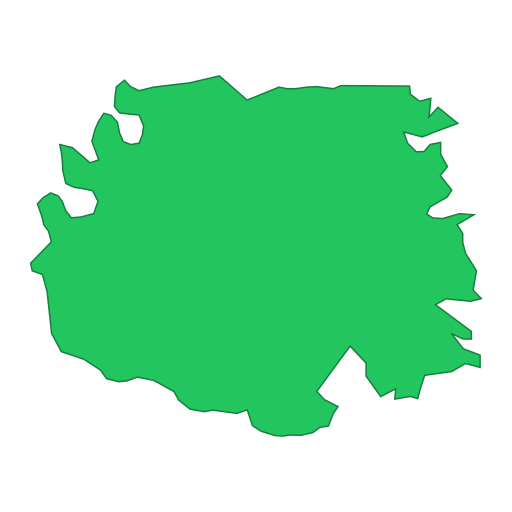 Charrua, Rio Grande do Sul, Brazil (Albers equal-area conic projection)
{"feature_id": "56859067B76917344128556", "entity_name": "Charrua", "entity_type": "district", "adm_level": 2, "iso_a3": "BRA", "parent_name": "Brazil", "parent_adm1": "Rio Grande do Sul", "projection": "albers", "projection_center": [-52.001, -27.948], "detail": "fine", "context": "isolated", "style": "filled", "palette": "green", "viewbox_px": 512, "rotation_deg": 0, "n_neighbors": 0, "source": "geoboundaries", "source_scale": "gbopen_adm2", "svg_char_len": 1852}
<svg xmlns="http://www.w3.org/2000/svg" viewBox="0 0 512 512"><path d="M409.6,86.1L341.0,85.6L333.6,88.7L316.5,86.6L307.0,87.1L295.5,88.7L286.8,88.7L279.1,87.1L247.1,100.1L219.4,75.9L190.0,82.8L153.7,87.1L139.1,90.7L130.5,86.6L124.5,80.2L116.3,86.9L115.0,97.2L114.4,106.4L119.5,112.8L127.9,114.0L139.1,115.0L143.6,126.0L142.4,134.8L139.1,143.2L130.8,144.5L123.3,141.7L119.6,133.1L117.4,122.2L111.1,115.3L103.9,113.3L98.6,121.3L94.9,129.8L91.9,141.2L95.9,152.1L98.7,159.9L90.1,162.8L81.1,155.1L72.5,147.7L59.8,144.5L61.5,153.0L62.4,162.0L62.9,170.9L65.8,183.5L74.4,187.4L82.7,188.6L92.6,190.7L98.0,201.3L93.8,213.5L81.1,217.0L71.3,217.8L65.8,210.7L62.4,201.8L58.2,195.9L50.8,192.9L43.3,197.5L37.4,203.8L41.9,216.5L43.8,224.7L48.6,231.3L51.3,241.9L30.7,263.2L32.2,270.8L42.5,274.6L47.1,291.5L51.6,333.4L61.4,351.7L83.8,359.2L100.3,369.9L106.7,378.8L118.9,381.7L126.8,380.9L137.3,377.1L153.8,380.4L173.9,391.5L178.8,400.2L190.0,409.1L204.2,411.7L212.9,410.1L236.8,413.4L247.3,409.9L252.4,425.6L261.0,431.2L274.8,435.5L282.7,436.1L289.8,435.0L301.0,435.3L313.0,432.5L319.8,427.4L328.4,426.1L333.2,413.7L338.0,406.6L324.2,399.5L316.8,391.4L350.1,346.1L366.1,363.1L366.1,376.1L380.7,396.6L395.7,388.8L394.8,399.1L410.3,396.4L417.7,398.6L420.3,388.8L424.7,375.3L451.8,371.5L465.5,363.5L480.1,367.4L480.1,355.1L463.3,348.8L451.4,333.4L462.6,338.9L471.5,339.1L471.2,331.3L435.4,304.7L446.2,298.8L470.5,301.3L481.3,298.6L473.1,290.2L476.5,270.8L465.6,253.4L462.7,242.4L462.7,233.5L457.1,224.6L473.9,214.8L459.6,213.7L442.4,218.6L432.7,217.9L426.7,214.0L430.0,206.9L447.0,197.2L451.8,190.2L440.3,175.5L447.4,166.6L440.7,154.3L440.6,142.4L430.1,144.5L424.1,151.5L416.2,151.8L407.6,143.2L403.7,132.0L422.2,136.9L438.0,130.7L457.8,123.4L438.0,107.3L429.1,117.0L430.8,98.3L419.6,101.3L410.3,94.2L409.6,86.1Z" fill="#22c55e" stroke="#15803d" stroke-width="1.5"/></svg>